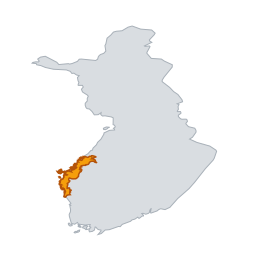 Ostrobothnia on a map of Finland (Natural Earth projection), rotated 350°
{"feature_id": "FIN-3182", "entity_name": "Ostrobothnia", "entity_type": "Province", "adm_level": 1, "iso_a3": "FIN", "parent_name": "Finland", "parent_adm1": "", "projection": "natural_earth1", "projection_center": [22.043, 62.87], "detail": "fine", "context": "in_parent", "style": "filled", "palette": "amber", "viewbox_px": 256, "rotation_deg": 350, "n_neighbors": 0, "source": "natural_earth", "source_scale": "10m", "svg_char_len": 8862}
<svg xmlns="http://www.w3.org/2000/svg" viewBox="0 0 256 256"><g transform="rotate(350 128 128)"><path d="M97.1,109.2L95.5,105.6L93.3,102.6L91.0,101.8L90.2,100.6L89.8,98.1L90.2,96.2L92.6,94.3L93.0,91.8L94.4,89.8L93.7,88.5L89.7,84.9L89.2,83.7L88.9,81.7L91.1,79.9L90.5,78.1L86.4,77.4L86.5,76.3L87.6,74.5L87.0,72.9L87.0,69.5L89.0,68.0L86.5,66.8L84.2,64.6L82.2,64.5L81.0,62.2L77.4,60.1L64.8,57.2L57.1,54.0L53.0,51.4L49.1,49.9L48.8,48.6L44.8,47.5L45.6,46.9L48.7,46.8L51.3,47.4L52.2,46.7L51.1,44.7L51.3,44.2L54.2,43.0L59.0,43.0L69.3,50.9L70.9,53.5L80.5,54.3L81.6,54.9L84.2,54.8L89.8,53.6L91.9,51.8L94.0,52.0L107.9,55.9L110.0,55.0L111.2,52.6L112.3,51.6L113.8,50.8L117.0,50.3L119.5,48.4L119.6,42.9L120.8,41.3L123.0,35.9L127.2,33.5L130.3,31.0L133.3,30.7L139.0,31.2L145.6,28.7L149.8,28.3L157.6,32.8L168.3,35.6L171.2,39.3L169.9,40.8L164.4,44.9L164.3,45.9L166.3,47.8L158.4,50.0L159.0,50.6L163.3,50.9L163.8,51.7L159.7,56.9L159.6,57.8L163.0,63.5L172.8,65.9L175.5,68.5L182.6,73.4L182.1,75.7L172.2,84.3L170.0,86.8L169.7,88.3L176.0,95.2L179.3,100.1L183.0,103.7L186.1,109.6L186.3,111.6L180.6,112.7L182.3,113.8L181.0,115.6L180.9,118.3L179.4,120.0L179.7,120.5L182.5,120.9L182.8,122.0L182.6,122.8L179.8,124.1L179.6,125.5L181.2,127.9L182.5,128.7L186.9,129.4L187.5,130.1L187.7,131.8L185.8,133.5L185.8,134.1L187.8,137.2L193.7,139.8L194.4,141.7L194.5,142.9L194.2,144.0L189.9,148.3L186.7,149.6L193.4,154.2L205.4,160.0L210.7,165.0L211.2,166.4L207.7,172.7L206.3,174.4L197.1,181.5L184.1,193.1L177.6,198.3L164.7,206.1L155.5,213.4L150.3,214.8L146.2,213.2L144.2,213.6L142.3,214.7L135.8,215.8L135.5,214.7L136.8,211.5L136.2,211.6L135.1,213.0L134.5,214.8L133.3,215.6L130.6,216.0L128.0,214.6L126.7,214.6L128.1,216.7L128.0,217.3L126.6,217.2L123.7,218.8L123.0,218.8L122.1,217.5L119.0,218.9L116.0,219.2L114.3,220.3L105.6,221.9L103.2,223.8L101.6,223.3L91.9,224.9L87.8,224.5L83.4,227.3L80.0,227.7L83.5,224.8L83.6,223.8L81.8,223.2L80.4,222.2L79.1,220.0L78.4,219.8L77.3,222.6L75.0,223.6L72.1,223.6L71.7,222.4L72.2,221.2L71.8,221.0L72.2,220.1L73.7,220.0L74.1,219.6L74.0,219.0L72.9,218.5L74.0,216.5L68.9,216.1L62.5,214.0L61.8,212.2L58.8,213.5L56.0,212.2L55.6,211.3L54.9,204.7L55.1,202.8L56.7,200.6L57.3,198.4L57.2,194.3L58.1,194.3L57.0,193.0L58.5,192.6L58.7,192.2L55.3,185.7L53.3,184.2L54.9,179.6L54.7,178.5L54.4,177.2L52.0,175.8L51.0,171.6L51.7,169.3L56.5,165.1L56.8,163.5L59.5,163.4L58.2,161.9L57.9,160.1L61.8,159.4L63.2,160.0L66.7,159.3L69.7,158.0L68.6,155.5L70.1,155.4L69.6,154.8L69.7,154.2L70.9,154.4L72.9,152.7L73.0,151.4L76.4,150.7L80.3,147.9L83.9,146.5L87.6,143.7L89.2,143.6L90.0,141.8L94.1,139.0L95.5,136.9L99.4,134.3L103.1,130.0L103.5,128.7L109.3,127.1L114.5,127.6L114.4,126.5L113.6,125.8L115.7,124.7L115.2,122.9L113.9,122.1L115.2,115.5L113.5,114.2L107.4,112.0L105.0,111.8L103.5,110.1L104.2,108.2L100.9,109.7L97.1,109.2ZM66.8,217.0L70.4,217.0L71.3,218.1L69.7,218.7L69.6,219.6L70.5,220.8L68.9,220.8L67.8,219.4L66.0,218.4L66.8,217.0ZM107.8,125.0L105.6,125.7L103.8,125.3L103.7,124.0L106.8,123.2L110.1,124.1L108.5,124.3L107.8,125.0ZM53.2,158.7L53.0,159.7L55.1,159.0L56.0,159.3L55.9,160.2L55.1,160.0L53.4,161.1L51.8,160.2L50.8,158.7L53.2,158.7ZM56.2,213.5L56.0,214.4L53.9,214.5L53.0,213.6L52.5,212.0L53.4,211.3L53.9,212.2L56.2,213.5ZM64.7,217.4L63.6,217.5L62.0,216.5L61.8,216.1L62.4,215.9L62.1,214.7L63.4,215.3L64.0,216.1L63.4,216.2L64.7,217.4ZM62.2,221.4L60.6,222.0L60.0,221.9L60.2,220.7L61.1,220.2L62.7,220.1L62.2,221.4ZM59.0,222.0L57.6,222.2L56.8,221.6L58.0,220.7L59.1,220.8L59.3,221.3L59.0,222.0Z" fill="#d9dde1" stroke="#a8b0b8" stroke-width="1"/><path d="M54.3,185.2L53.7,185.0L53.9,184.6L53.7,184.4L53.0,184.3L53.6,183.0L53.8,182.5L53.9,181.6L54.0,181.4L54.2,181.8L54.5,181.3L54.5,181.0L54.4,180.7L54.6,180.5L55.3,180.1L55.4,179.9L55.3,179.7L54.9,179.4L55.2,178.7L54.8,178.7L54.5,179.2L54.2,179.4L54.5,178.2L54.6,177.2L54.6,176.9L53.8,177.1L53.6,177.1L53.5,176.9L53.4,176.6L53.5,176.3L53.7,176.1L53.6,175.8L52.6,176.8L52.5,177.1L52.7,177.3L52.4,177.3L52.3,177.0L52.5,176.2L52.2,176.1L52.5,175.7L52.3,175.6L52.0,175.6L51.5,176.0L51.4,175.7L51.8,174.8L51.3,175.0L51.2,174.9L51.2,174.1L51.4,173.9L51.8,173.5L51.4,173.0L52.3,172.4L52.7,172.4L52.4,172.1L51.3,171.9L51.1,171.6L50.7,171.8L50.5,172.2L50.5,171.7L50.7,170.9L50.7,170.5L51.4,170.3L51.8,170.0L51.9,169.7L51.6,169.4L51.3,169.1L51.1,168.8L51.2,168.5L51.5,168.3L51.8,168.2L52.3,168.5L52.8,167.8L53.0,166.9L53.2,166.7L53.6,166.7L54.6,167.0L55.0,166.9L55.5,166.5L56.0,165.3L56.6,165.1L56.3,164.4L56.3,163.4L56.5,163.2L56.9,163.3L56.9,163.0L57.1,162.7L57.5,162.9L58.2,163.3L59.1,163.7L59.6,163.8L60.1,163.6L59.4,163.0L58.1,162.3L58.0,162.0L58.3,161.7L57.9,161.8L57.7,161.8L57.5,161.6L57.4,161.1L57.2,161.0L57.3,160.8L58.0,160.8L58.0,160.6L57.4,160.5L57.2,160.3L57.1,160.0L57.3,159.8L58.1,159.5L59.0,160.1L59.4,160.2L59.8,159.8L60.5,160.1L60.9,160.2L61.2,160.1L60.3,159.8L60.3,159.7L60.9,159.4L61.8,159.4L62.8,159.0L63.2,159.0L63.0,159.5L63.2,160.3L63.0,160.6L63.4,160.7L64.6,161.3L64.2,160.5L64.8,160.3L65.2,159.4L65.5,159.3L65.9,159.7L66.2,159.7L66.8,159.4L67.3,159.6L67.5,159.5L67.6,159.3L67.9,159.4L68.6,158.9L69.1,158.2L69.5,158.7L69.9,158.5L70.6,157.8L69.9,157.0L69.5,156.8L68.7,156.0L68.2,156.0L68.0,155.8L67.8,155.6L67.8,155.1L68.1,154.8L68.6,154.9L69.5,155.5L70.4,155.7L71.0,155.9L69.7,155.0L69.1,154.5L69.0,154.0L69.1,153.7L69.3,153.7L70.0,153.8L69.9,154.2L69.9,154.4L70.6,154.6L70.9,154.7L70.9,155.2L71.1,155.1L71.5,154.8L71.4,154.5L71.4,154.3L71.9,153.2L72.4,152.8L72.4,152.6L73.2,152.8L73.0,152.5L72.4,151.8L73.0,151.4L72.9,151.2L73.5,151.2L73.8,151.2L73.9,150.8L73.8,150.3L74.2,150.3L74.6,150.7L74.7,150.4L74.8,150.2L75.1,150.3L75.6,150.6L75.6,150.9L75.6,151.2L76.0,151.7L76.1,151.8L76.6,151.8L77.2,151.4L77.5,151.4L77.6,151.0L77.7,150.8L77.9,150.6L78.4,150.4L78.6,150.2L77.5,149.8L78.6,149.8L78.2,149.4L78.6,149.5L79.0,149.5L79.0,149.1L78.7,148.9L78.5,148.7L78.9,148.3L79.2,148.3L79.4,148.5L79.7,148.9L79.9,149.1L80.1,149.1L80.1,148.9L79.9,148.6L80.2,148.7L80.6,148.6L83.1,149.9L83.8,149.9L85.0,149.3L85.6,149.2L86.9,149.5L87.3,149.0L87.8,149.0L89.1,149.5L91.0,150.5L91.3,150.9L91.1,151.0L89.4,151.3L88.4,151.6L88.0,151.5L87.7,150.9L87.7,151.0L87.4,151.1L87.5,151.6L87.2,151.7L87.1,151.8L87.2,152.0L86.9,152.1L87.6,152.3L88.4,152.3L88.8,152.4L88.9,153.1L89.9,153.6L90.1,154.0L90.4,155.8L90.6,156.1L91.0,156.5L90.9,156.6L90.1,156.3L89.5,156.0L88.5,154.9L87.8,154.7L87.0,154.5L85.5,154.5L84.7,154.8L84.1,155.2L83.2,156.4L82.5,156.9L81.9,157.0L80.0,156.8L79.8,157.1L79.8,157.4L79.5,157.4L78.1,157.1L76.1,157.1L76.3,157.3L74.8,157.9L75.2,158.3L74.2,158.5L73.7,158.8L73.5,159.0L73.6,159.3L74.0,159.4L74.0,159.5L73.6,159.9L74.0,159.9L74.0,160.0L73.7,160.5L75.0,160.4L75.2,160.7L75.2,161.4L74.8,161.6L74.6,161.7L74.7,161.8L74.7,162.1L74.5,162.5L74.3,162.6L73.8,162.6L73.3,162.7L73.1,162.9L73.3,163.1L73.0,163.2L72.5,163.6L71.4,165.0L71.3,165.5L71.0,166.1L71.0,166.6L70.9,167.0L69.3,168.2L68.6,168.6L68.1,168.8L67.6,168.9L64.7,168.5L63.5,168.1L62.9,167.8L61.6,167.0L61.3,167.1L60.7,167.9L60.7,168.6L60.7,168.9L60.8,169.4L61.5,170.0L61.3,170.4L60.2,171.3L58.5,172.1L58.6,172.7L58.7,172.9L58.9,172.9L58.9,173.2L58.5,174.1L58.0,174.9L57.9,175.3L57.9,175.8L57.8,176.1L57.6,176.5L58.0,176.6L58.0,176.9L59.2,176.7L59.8,176.8L60.0,177.0L60.0,177.3L59.7,177.3L59.9,178.0L59.9,178.6L60.1,178.9L60.8,179.0L61.1,179.2L61.2,179.4L61.1,179.6L60.1,179.9L59.8,180.1L59.9,180.4L60.2,180.8L60.2,181.1L59.5,181.2L59.3,181.8L59.2,183.3L59.4,183.6L57.6,183.5L56.7,183.6L56.0,183.8L55.0,184.8L54.6,184.9L54.3,185.2ZM56.0,159.3L55.9,159.5L55.9,159.8L56.1,160.2L55.3,160.4L55.1,160.3L55.4,160.1L55.1,160.1L54.0,160.6L54.0,160.8L54.4,160.9L54.1,161.1L53.2,161.2L52.7,160.5L52.4,160.4L52.0,160.5L51.8,160.5L51.6,160.2L51.9,160.2L51.1,159.5L50.7,158.5L51.4,158.8L52.6,158.6L53.3,158.6L52.8,158.9L52.5,159.4L52.6,159.6L52.7,159.8L53.6,159.8L53.9,160.0L54.1,159.7L54.0,159.4L54.4,159.2L55.0,159.0L55.6,159.0L56.0,159.3ZM67.0,159.2L66.1,159.0L66.1,158.9L65.9,158.6L66.1,158.4L65.9,157.8L66.5,157.6L66.9,157.7L67.3,158.0L67.4,157.8L67.8,158.0L68.0,157.9L68.2,157.4L68.4,157.4L68.5,157.9L68.6,158.1L68.2,158.6L67.7,158.7L67.2,158.4L66.6,158.5L67.3,158.7L67.3,158.9L67.0,159.2ZM77.2,148.8L77.5,148.8L77.4,148.9L77.1,149.6L76.8,149.4L76.7,149.5L76.7,149.8L76.1,149.9L75.6,149.6L75.2,149.1L76.1,148.6L76.5,148.5L76.8,148.5L77.0,148.8L77.2,148.8ZM54.4,158.5L54.4,158.1L53.8,158.2L53.0,157.6L54.8,157.0L55.3,157.2L55.3,157.6L55.0,157.9L54.4,158.5ZM52.7,165.2L52.4,165.1L52.1,165.2L51.7,165.1L51.6,164.8L51.8,164.9L51.9,164.6L51.7,164.4L51.5,164.1L51.8,163.9L52.5,164.3L52.8,164.6L52.9,164.9L52.9,165.1L52.7,165.2ZM64.2,157.6L64.1,157.3L64.8,156.5L65.3,156.6L65.8,156.5L66.3,156.6L66.1,156.7L66.1,156.9L66.0,157.0L65.7,157.1L65.3,156.9L65.0,157.0L64.8,157.3L64.2,157.6ZM65.0,157.7L65.4,157.8L65.8,158.2L65.6,158.6L65.1,158.7L64.9,158.6L64.9,158.4L64.7,158.7L64.4,158.5L64.5,158.2L64.9,157.9L65.3,158.0L65.0,157.7Z" fill="#f59e0b" stroke="#b45309" stroke-width="1.5"/></g></svg>